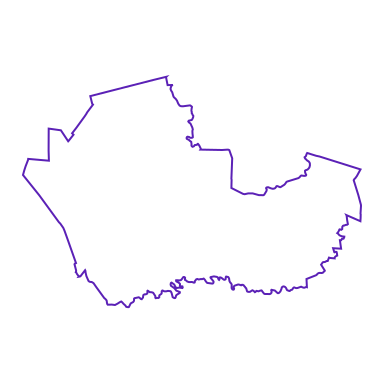 the district of Sacalaz, Timis, Romania
{"feature_id": "2599482B38355602258624", "entity_name": "Sacalaz", "entity_type": "district", "adm_level": 2, "iso_a3": "ROU", "parent_name": "Romania", "parent_adm1": "Timis", "projection": "mercator", "projection_center": [21.049, 45.772], "detail": "fine", "context": "isolated", "style": "outline", "palette": "violet", "viewbox_px": 384, "rotation_deg": 0, "n_neighbors": 0, "source": "geoboundaries", "source_scale": "gbopen_adm2", "svg_char_len": 6061}
<svg xmlns="http://www.w3.org/2000/svg" viewBox="0 0 384 384"><path d="M130.7,303.4L133.2,302.0L133.8,301.2L134.0,300.5L134.1,298.6L134.5,298.2L138.7,297.3L139.5,297.7L140.9,299.0L141.7,299.2L143.0,297.5L143.2,295.7L143.5,294.9L144.6,294.3L145.8,294.3L147.2,293.6L147.4,292.8L147.4,290.9L147.6,290.7L148.3,291.0L149.6,292.1L151.9,292.3L153.2,292.8L155.2,295.9L155.4,296.7L155.3,297.7L155.8,298.2L157.0,297.9L158.3,298.0L159.1,297.5L159.3,297.2L159.2,296.0L159.5,295.2L161.4,293.8L161.6,293.4L161.7,292.8L161.7,291.3L162.2,290.6L162.7,290.5L163.7,291.1L164.5,291.3L166.2,291.3L168.0,290.9L170.5,291.2L170.9,291.6L171.6,293.0L172.7,297.2L174.3,298.1L175.2,298.0L175.6,297.4L176.0,295.8L176.4,295.1L177.2,294.5L179.7,293.0L179.9,292.3L179.8,292.0L176.4,290.7L174.4,288.2L171.0,285.8L170.6,284.7L170.8,283.2L171.1,282.8L171.6,282.6L174.2,284.5L175.1,286.3L176.2,287.9L176.7,288.0L179.2,287.6L182.4,288.0L182.7,287.4L182.4,286.4L182.0,286.3L180.6,286.4L180.1,286.2L179.9,285.5L180.0,284.1L179.9,283.7L178.6,282.6L176.5,281.5L176.1,281.0L176.1,280.5L176.1,280.3L176.9,280.2L179.4,280.4L180.9,280.1L181.7,279.3L183.3,277.1L183.6,277.0L184.5,277.1L185.1,277.8L184.9,279.6L185.0,279.9L186.3,280.6L187.2,281.5L189.0,282.1L192.0,282.0L194.0,282.7L194.7,282.4L194.8,281.2L196.3,279.3L197.3,279.0L198.8,279.5L201.1,279.0L201.9,279.2L203.7,278.6L204.8,279.7L205.9,281.5L207.2,282.9L212.2,283.6L212.8,283.5L213.3,283.0L213.6,281.9L213.3,281.1L210.6,277.8L210.5,277.3L210.7,277.1L213.9,276.4L216.9,276.9L217.7,277.4L218.0,278.0L218.6,279.5L219.1,279.9L219.4,279.5L219.5,278.0L219.7,277.5L220.3,277.4L221.4,277.8L223.7,279.6L224.5,279.8L225.3,279.5L225.6,279.2L225.8,277.1L226.1,276.6L226.5,276.6L228.3,277.1L228.9,278.1L229.2,279.0L229.2,279.6L229.5,281.2L230.2,282.5L231.2,283.5L231.7,284.6L231.6,288.0L232.3,289.3L232.6,289.5L233.3,289.7L233.8,289.5L234.0,289.1L234.1,288.6L233.6,287.1L234.1,286.1L234.8,285.6L238.1,284.5L239.1,284.6L241.1,285.3L241.5,285.2L241.6,284.9L242.8,284.8L243.8,285.4L244.3,286.2L245.0,286.8L245.4,287.6L246.2,288.3L247.0,291.1L247.4,291.6L248.8,291.9L250.0,291.8L252.3,290.3L253.5,290.8L254.9,292.2L255.5,291.9L256.4,290.9L258.6,291.3L259.7,290.8L261.4,290.4L261.8,290.6L262.2,291.3L264.0,293.6L264.9,294.0L267.8,294.0L269.4,294.1L270.5,293.8L271.4,292.8L271.6,292.0L271.5,290.9L271.2,290.3L271.3,290.0L271.5,289.8L274.8,290.5L277.5,293.0L278.0,293.2L278.4,293.1L279.1,292.8L280.4,291.4L281.5,288.8L281.8,287.4L282.8,286.6L283.8,286.4L285.0,286.9L285.8,287.7L286.4,288.6L286.6,289.4L287.2,290.2L289.3,291.0L289.9,290.9L290.5,290.2L292.2,289.6L293.3,287.9L294.1,287.4L296.1,288.1L297.5,288.0L301.1,286.7L302.4,287.3L303.7,287.7L304.5,287.7L306.1,287.0L306.9,287.2L306.5,279.0L315.9,275.3L316.6,274.9L317.6,273.7L318.6,273.1L319.3,272.9L321.9,273.0L323.0,272.6L323.2,272.3L324.8,270.8L324.8,270.6L321.1,264.7L322.7,262.4L323.3,262.1L324.9,262.0L326.7,261.0L327.7,261.0L329.0,257.6L330.4,258.0L334.6,258.4L334.5,257.8L335.1,256.9L336.0,256.1L337.2,255.6L336.9,253.2L336.5,251.9L335.6,251.8L334.4,252.3L334.3,252.2L333.1,248.2L341.1,248.7L339.9,240.2L341.2,240.2L342.0,238.8L343.5,238.7L344.2,237.4L344.3,236.6L341.8,236.3L339.5,235.3L337.7,233.3L337.3,233.1L338.3,231.9L339.2,230.2L339.2,229.9L339.4,229.5L339.8,229.3L341.2,229.8L342.2,229.1L342.3,226.9L342.9,225.9L343.6,225.5L344.4,225.5L345.6,224.9L347.0,224.8L347.9,224.1L347.2,220.5L346.6,215.5L346.4,215.1L360.4,221.2L360.6,218.2L360.7,214.4L360.5,213.8L361.0,205.9L360.9,204.7L358.3,195.0L353.7,180.2L354.5,178.9L355.3,178.2L356.9,176.0L360.5,169.4L319.5,156.5L316.2,155.8L307.2,153.0L306.6,154.0L305.9,156.1L305.4,156.6L304.6,157.2L304.6,157.5L305.2,158.6L306.2,159.5L307.0,160.4L308.6,161.4L309.2,162.1L309.6,162.7L309.9,163.7L309.9,165.6L309.4,167.4L308.7,168.4L307.5,169.6L305.5,170.3L305.0,170.8L305.1,172.3L305.5,173.5L306.2,174.8L306.1,175.3L305.7,175.7L304.2,175.9L301.3,175.5L300.6,176.0L299.4,177.4L298.4,178.1L287.0,181.6L286.3,182.1L285.5,183.4L284.4,184.7L280.6,187.1L279.8,187.1L277.4,186.1L276.8,186.1L276.5,186.2L275.7,187.5L275.0,188.2L274.4,188.5L272.9,188.8L271.1,188.4L268.1,187.2L266.8,187.4L266.3,187.7L266.1,188.1L266.2,188.6L266.7,189.4L266.7,190.0L266.4,191.1L264.2,194.7L263.3,195.2L258.8,195.1L252.7,193.4L248.2,193.4L244.7,194.2L243.1,193.9L231.4,188.0L231.6,179.8L231.4,178.7L232.2,158.3L229.3,150.1L228.3,149.7L226.6,149.7L222.1,150.0L200.5,149.6L200.9,149.0L200.7,148.5L199.2,145.4L198.0,143.9L197.6,143.9L196.9,144.8L194.7,145.1L194.2,145.9L193.8,146.3L192.6,146.8L192.4,146.7L191.9,146.3L191.5,145.7L191.5,143.8L191.2,141.8L190.0,141.0L188.9,139.9L186.8,138.8L186.6,138.2L186.7,137.5L187.0,137.0L187.6,136.7L189.1,137.0L189.9,137.6L190.6,137.8L191.9,137.8L192.6,137.5L192.8,137.3L192.8,136.0L192.5,133.6L192.4,131.2L192.5,130.4L192.8,129.4L192.3,127.5L190.5,123.6L188.8,122.3L188.3,121.4L188.8,120.7L191.6,120.0L191.9,119.8L192.6,118.6L193.2,117.0L193.3,116.2L193.3,115.8L192.6,114.9L192.1,113.6L191.7,113.1L191.8,112.0L191.4,110.9L191.6,108.6L191.9,107.5L191.9,106.7L190.4,105.5L189.8,105.4L182.9,106.3L181.0,106.2L179.6,105.6L178.2,103.6L177.0,100.7L175.8,99.0L174.0,97.3L173.5,96.6L172.2,92.2L171.3,90.9L170.6,89.3L170.6,88.3L171.2,86.3L171.7,85.5L172.9,85.0L167.6,85.1L166.0,77.1L166.3,76.8L153.6,79.9L90.3,96.1L92.2,103.8L93.0,104.6L87.2,112.3L86.7,113.1L86.7,113.3L84.7,116.3L76.2,128.0L72.1,133.3L73.5,134.7L68.5,141.0L68.2,141.3L60.9,130.3L48.7,128.6L48.6,150.6L48.9,160.7L28.2,158.9L28.1,159.8L25.6,166.3L24.2,170.6L23.0,175.0L39.2,195.2L58.9,222.2L60.3,223.6L63.3,227.9L64.5,230.7L67.7,239.6L76.0,263.1L74.9,263.6L74.5,264.2L76.1,270.4L76.1,270.9L75.8,272.1L76.2,272.2L76.3,272.6L76.8,273.7L78.4,275.9L79.2,276.2L78.8,276.7L80.0,276.5L80.5,276.2L85.1,270.2L85.4,270.8L85.6,272.7L86.4,276.1L88.5,280.9L89.2,281.5L90.1,281.9L91.7,282.0L93.5,283.1L96.2,287.0L104.2,298.0L105.4,299.0L106.5,300.3L106.7,300.8L107.0,303.1L107.4,304.3L107.8,304.7L111.8,304.6L115.0,305.0L117.6,303.6L119.6,302.3L121.2,301.5L122.0,302.1L123.7,304.0L125.5,305.6L126.0,306.6L126.5,306.9L128.2,307.2L128.9,307.0L130.7,303.4Z" fill="none" stroke="#5b21b6" stroke-width="2"/></svg>